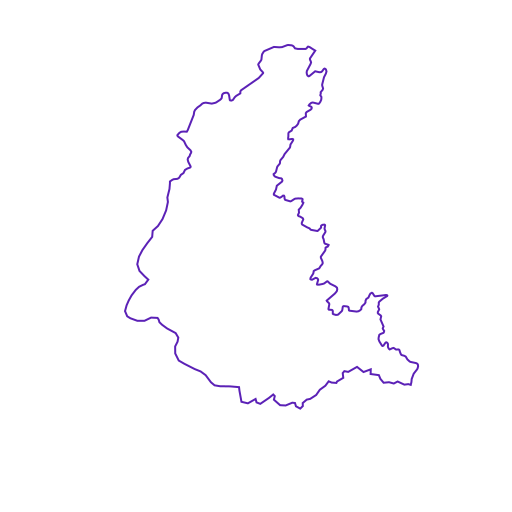 an SVG outline of Khakass, rotated 155°
{"feature_id": "RUS-2402", "entity_name": "Khakass", "entity_type": "Republic", "adm_level": 1, "iso_a3": "RUS", "parent_name": "Russia", "parent_adm1": "", "projection": "equal_earth", "projection_center": [89.08, 53.381], "detail": "fine", "context": "isolated", "style": "outline", "palette": "violet", "viewbox_px": 512, "rotation_deg": 155, "n_neighbors": 0, "source": "natural_earth", "source_scale": "10m", "svg_char_len": 6144}
<svg xmlns="http://www.w3.org/2000/svg" viewBox="0 0 512 512"><g transform="rotate(155 256 256)"><path d="M171.3,114.8L170.1,114.5L168.6,112.0L166.5,111.2L165.9,110.6L165.8,110.0L166.1,108.0L166.2,106.0L166.0,104.8L163.7,102.8L162.8,101.5L162.5,98.3L161.3,95.4L160.7,94.7L156.2,91.3L155.3,90.1L155.2,89.0L155.7,87.5L157.2,85.7L158.1,85.1L162.8,82.7L166.9,78.7L168.4,76.1L170.2,73.8L172.1,75.5L175.9,76.7L180.7,82.4L185.0,82.2L188.8,85.4L193.9,87.2L195.2,92.1L195.0,96.1L202.0,100.6L199.9,104.8L207.6,105.4L211.3,112.8L221.4,112.0L224.6,114.3L226.9,113.2L228.4,108.7L235.6,108.0L236.8,107.0L240.9,109.3L243.1,111.7L248.0,109.1L254.7,107.8L260.2,104.6L267.3,103.6L270.7,104.4L275.8,103.0L277.0,100.2L280.4,99.0L283.3,102.9L282.8,106.3L285.1,107.7L292.3,108.0L297.2,110.6L300.5,118.2L298.2,121.1L298.9,123.2L304.2,121.9L314.6,120.2L317.4,123.1L316.8,126.6L325.6,125.9L330.8,130.0L327.9,141.0L326.8,144.3L334.6,148.8L343.7,153.2L348.2,156.3L350.2,160.6L352.0,169.3L355.0,174.8L359.3,179.4L366.5,188.6L370.2,193.9L370.4,201.8L367.5,208.2L363.3,211.5L360.9,214.9L361.4,220.1L367.2,227.9L370.2,233.4L371.5,236.8L371.1,239.5L371.4,241.5L377.1,244.5L384.4,244.4L390.9,247.4L396.2,252.7L398.2,255.8L398.0,261.4L394.1,266.0L390.1,269.5L385.4,272.9L379.3,276.1L375.0,277.5L370.6,277.6L368.6,277.4L363.6,280.1L365.6,284.9L367.9,291.7L367.1,298.7L362.3,304.9L356.4,309.4L348.9,313.7L342.0,317.2L339.0,322.5L332.2,324.6L325.1,329.0L318.2,335.3L313.0,342.2L311.6,346.5L306.1,353.3L303.3,358.2L302.5,359.9L299.6,360.4L298.2,360.4L294.8,359.2L293.5,359.2L292.4,359.5L289.8,361.3L286.7,361.8L284.0,364.0L281.2,364.3L278.4,364.0L277.8,364.2L277.4,364.8L277.6,369.7L277.4,371.2L277.1,372.4L276.2,373.5L273.8,374.7L272.9,375.8L271.2,377.0L270.6,377.8L270.7,379.5L272.3,383.5L272.7,386.4L272.7,389.7L272.8,390.8L273.6,392.5L276.2,397.3L276.4,398.3L276.0,398.9L273.3,400.0L271.3,400.2L268.8,399.3L266.2,397.9L264.7,398.9L252.8,410.2L251.0,412.9L249.5,414.1L246.2,415.4L242.8,416.0L240.3,416.8L238.8,416.8L236.7,416.2L231.7,412.8L228.5,412.1L227.3,412.0L222.6,412.7L221.3,413.1L220.4,413.6L218.6,416.3L217.7,416.9L216.5,417.2L214.5,416.8L213.1,416.1L212.6,415.4L212.4,414.5L212.5,413.0L213.8,408.5L213.7,408.0L212.7,407.3L211.9,407.2L211.0,407.2L208.1,408.9L206.2,409.5L201.5,410.0L200.6,411.8L199.5,412.5L178.2,416.2L172.3,418.7L172.1,419.0L172.2,419.9L173.3,423.3L173.1,428.5L172.4,429.2L169.0,431.0L168.1,431.7L165.8,435.5L165.0,436.4L162.7,437.9L161.7,438.2L151.4,437.9L146.7,435.3L144.1,434.3L138.5,433.9L137.6,433.6L134.7,431.9L133.9,431.1L133.3,430.0L132.9,427.7L130.6,426.0L123.6,422.7L122.5,422.8L120.6,423.8L119.9,423.5L118.9,422.4L117.5,420.1L115.5,417.1L123.5,412.3L123.9,411.8L124.1,410.9L124.1,409.2L124.3,408.1L125.5,406.9L131.7,402.2L132.6,400.8L133.0,399.4L133.1,397.9L132.5,396.7L131.7,396.5L124.3,398.4L121.5,396.2L120.4,395.5L119.2,395.2L118.1,395.4L115.6,396.8L114.7,396.9L114.1,396.3L113.8,395.5L114.1,393.5L115.6,391.8L118.8,389.3L123.6,383.4L124.0,382.4L124.4,379.5L125.3,378.5L128.2,377.1L128.5,376.1L129.8,374.5L129.5,372.7L129.9,371.6L130.9,370.0L132.5,368.6L134.4,367.5L135.3,367.6L139.1,370.7L140.1,371.3L141.4,371.4L143.5,370.8L144.6,370.1L144.4,369.7L142.8,367.8L142.8,366.9L143.1,366.4L143.6,365.9L144.8,365.5L149.3,365.1L150.5,364.4L151.8,361.3L158.3,360.9L160.2,360.1L161.9,358.1L163.9,357.0L165.9,356.4L168.6,356.5L170.7,354.6L173.9,354.2L174.5,353.8L174.9,353.3L176.1,350.8L177.1,349.2L177.4,348.2L176.4,347.6L173.7,346.8L173.0,346.1L173.2,345.5L174.1,344.7L177.6,342.5L179.0,340.4L179.5,339.9L187.0,336.3L189.5,334.3L193.2,332.6L194.1,331.8L195.0,330.1L195.5,329.6L198.7,328.1L199.3,327.6L202.3,323.9L203.5,323.2L205.4,322.8L205.7,322.0L205.5,320.7L205.1,319.8L202.2,316.9L200.2,315.6L199.9,314.8L200.2,313.1L201.1,312.4L207.4,310.9L209.8,307.8L213.4,305.0L213.8,304.4L213.9,303.9L210.1,298.9L209.7,298.7L208.1,298.8L205.9,299.3L205.1,298.8L205.1,297.9L205.9,295.8L205.8,294.5L201.8,291.0L200.8,290.9L197.2,291.4L196.2,291.4L193.5,290.4L190.5,288.9L189.8,288.1L190.0,287.3L191.1,286.1L191.2,285.6L190.5,284.4L190.7,284.1L192.4,282.7L195.2,280.9L197.7,279.9L198.7,277.1L200.7,275.4L200.8,274.9L200.5,274.1L199.4,273.1L197.7,270.6L197.6,269.9L197.7,269.2L200.4,266.8L200.9,265.9L200.9,265.3L200.8,264.9L197.5,260.3L195.8,258.4L195.4,256.9L195.0,256.4L189.8,252.7L189.4,252.7L185.3,254.1L184.9,254.4L184.4,255.7L183.6,256.1L182.3,256.1L180.7,255.5L180.4,255.1L180.4,254.6L182.3,251.9L182.5,250.9L182.5,249.3L182.7,248.8L183.1,248.3L186.2,246.3L187.1,245.6L187.6,244.5L187.6,242.7L188.5,239.1L188.4,238.4L188.2,237.9L185.8,235.7L185.5,235.3L185.8,235.0L187.1,234.2L189.0,234.3L189.6,234.0L190.1,232.8L191.0,231.7L197.5,228.0L198.0,226.9L198.0,223.8L198.2,222.5L198.5,221.4L199.5,220.5L201.5,219.7L203.9,218.1L208.8,218.2L210.0,218.0L211.5,215.9L215.6,213.3L216.2,212.6L216.5,212.0L216.0,211.3L215.2,210.8L211.2,211.0L210.0,210.0L209.6,208.7L209.8,208.0L212.7,204.7L212.7,204.3L212.3,204.0L211.1,203.4L207.5,202.5L205.9,202.3L202.4,203.0L201.8,202.8L200.5,199.5L196.9,195.0L196.0,193.1L196.4,191.5L197.6,190.0L198.5,189.5L200.5,188.6L210.8,185.7L210.8,185.1L209.8,182.4L209.8,181.8L210.0,181.2L212.6,177.6L212.8,177.0L212.6,176.5L210.2,175.2L209.7,174.7L209.6,174.1L209.7,173.6L210.8,171.2L210.6,170.7L208.6,168.9L207.5,168.4L206.3,168.2L201.5,169.8L200.6,170.6L198.9,173.2L198.5,173.5L197.6,173.5L194.8,171.8L193.9,170.9L193.9,169.9L194.7,167.5L194.5,167.0L188.3,163.1L186.4,162.6L184.5,162.8L183.1,163.3L182.2,164.8L181.6,165.3L180.6,165.9L178.3,166.5L176.5,167.5L175.6,169.2L174.2,170.4L171.7,170.8L169.5,172.7L168.2,173.6L166.5,173.7L166.0,173.0L165.6,169.9L165.1,169.1L154.9,165.8L154.1,165.4L153.7,164.9L153.7,164.6L154.0,164.3L159.2,163.7L163.6,162.5L164.4,161.9L165.3,160.0L166.8,158.5L166.8,156.3L166.9,155.6L169.2,153.8L169.7,152.9L169.6,152.1L168.1,149.4L168.0,148.5L170.0,145.9L170.2,138.2L171.7,136.9L171.8,136.0L171.5,133.9L172.5,132.7L173.0,132.5L176.3,132.7L177.6,132.4L179.2,130.4L180.1,128.9L180.3,126.4L179.7,121.5L179.4,121.0L178.4,120.9L175.5,122.6L174.6,122.8L174.2,122.6L173.7,121.8L173.6,120.4L174.8,118.0L174.9,117.3L174.8,115.8L174.3,114.8L171.3,114.8Z" fill="none" stroke="#5b21b6" stroke-width="2"/></g></svg>